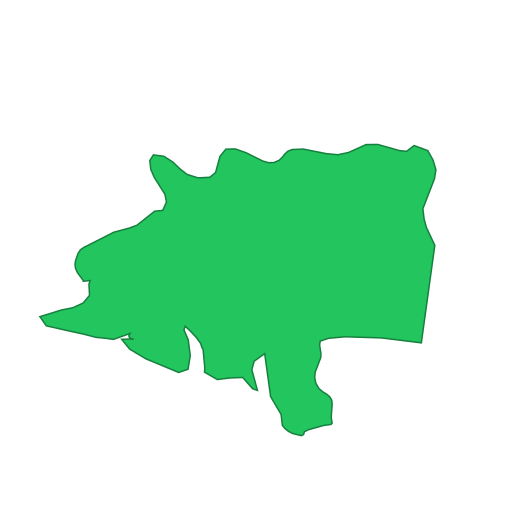 outline of Thái Bình, rotated 109°
{"feature_id": "VNM-471", "entity_name": "Thái Bình", "entity_type": "Province", "adm_level": 1, "iso_a3": "VNM", "parent_name": "Vietnam", "parent_adm1": "", "projection": "equal_earth", "projection_center": [106.435, 20.492], "detail": "fine", "context": "isolated", "style": "filled", "palette": "green", "viewbox_px": 512, "rotation_deg": 109, "n_neighbors": 0, "source": "natural_earth", "source_scale": "10m", "svg_char_len": 1741}
<svg xmlns="http://www.w3.org/2000/svg" viewBox="0 0 512 512"><g transform="rotate(109 256 256)"><path d="M390.8,130.2L394.3,137.0L403.3,150.0L406.4,153.0L409.2,152.9L411.1,154.6L411.9,163.4L411.3,168.0L409.7,172.5L407.6,175.9L397.6,180.7L384.2,196.4L345.5,216.0L356.1,223.5L364.9,222.9L382.6,210.9L382.6,216.0L375.2,229.0L379.6,240.5L385.4,252.4L382.6,266.9L378.9,267.8L361.8,275.5L360.0,277.4L356.6,280.0L352.3,286.2L348.3,293.7L345.5,300.1L349.3,300.1L357.3,292.8L371.6,285.7L385.2,283.4L391.3,291.2L389.1,326.5L385.2,345.1L378.5,355.9L375.5,348.1L374.5,344.4L374.7,347.5L374.0,349.5L372.6,350.3L370.3,349.9L381.3,363.7L382.6,370.7L385.0,380.7L386.0,393.4L387.8,408.8L390.3,431.5L383.7,440.6L370.4,422.4L364.5,412.3L356.7,404.1L347.4,400.6L337.0,404.8L333.2,404.8L336.1,411.1L335.1,411.8L329.9,419.4L326.6,422.5L322.9,424.4L319.2,425.1L311.4,425.1L307.3,424.0L304.2,421.8L279.8,398.2L270.7,384.7L265.7,378.6L246.6,366.4L243.3,359.1L234.2,358.2L227.3,362.2L214.8,377.8L208.3,383.7L200.3,387.5L193.8,385.9L191.7,375.7L194.2,365.3L198.2,356.7L201.3,347.8L201.0,336.3L196.6,325.3L190.2,321.4L173.5,322.5L164.8,319.3L161.5,310.5L161.6,299.0L164.0,280.6L163.7,274.7L161.9,269.6L158.0,265.3L154.2,263.3L150.3,262.0L146.7,260.1L143.6,256.6L139.5,246.1L136.3,222.7L133.6,211.6L128.0,202.2L114.8,188.2L110.9,177.2L109.6,154.4L108.0,147.7L100.1,142.5L100.4,127.9L107.6,119.9L116.0,113.9L125.0,112.4L157.0,113.6L166.1,109.2L173.3,104.4L187.7,90.4L284.3,71.4L292.6,110.7L303.3,145.2L310.1,160.5L315.6,167.6L319.6,166.8L327.2,162.8L331.1,161.7L346.4,162.2L351.7,161.0L356.8,158.0L360.8,153.4L362.6,148.8L363.7,144.0L365.1,140.5L367.7,137.4L371.4,135.7L384.0,132.4L389.2,129.6L390.8,130.2Z" fill="#22c55e" stroke="#15803d" stroke-width="1.5"/></g></svg>